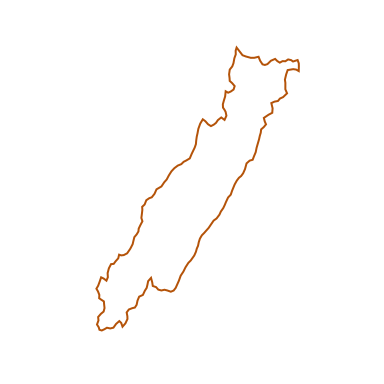 outline of Jiquiriçá, Bahia, Brazil, rotated 24°
{"feature_id": "56859067B22249438969819", "entity_name": "Jiquiriçá", "entity_type": "district", "adm_level": 2, "iso_a3": "BRA", "parent_name": "Brazil", "parent_adm1": "Bahia", "projection": "equal_earth", "projection_center": [-39.586, -13.327], "detail": "fine", "context": "isolated", "style": "outline", "palette": "amber", "viewbox_px": 384, "rotation_deg": 24, "n_neighbors": 0, "source": "geoboundaries", "source_scale": "gbopen_adm2", "svg_char_len": 2804}
<svg xmlns="http://www.w3.org/2000/svg" viewBox="0 0 384 384"><g transform="rotate(24 192 192)"><path d="M240.3,38.1L238.5,33.7L237.2,31.0L234.8,28.5L231.2,31.7L228.9,31.2L225.9,31.8L224.1,34.6L221.5,35.6L219.6,38.1L216.7,37.7L213.8,36.6L210.7,40.0L208.9,44.5L206.9,46.3L204.5,46.7L200.9,44.4L197.8,41.4L194.4,44.0L191.2,45.5L188.6,45.9L186.0,46.3L182.5,46.5L174.0,41.9L174.4,45.1L176.0,48.5L176.3,52.6L177.5,57.5L177.7,60.9L176.7,64.8L178.0,69.4L180.0,72.7L181.3,75.2L184.4,76.2L187.9,77.9L188.3,81.5L186.5,84.5L184.6,86.6L181.8,86.3L183.4,91.2L183.9,95.3L184.5,99.3L186.0,102.3L188.1,103.6L190.1,105.1L192.4,108.3L192.4,112.9L188.4,112.0L186.4,115.8L185.8,119.1L184.5,121.6L182.5,124.1L179.1,123.6L175.4,121.9L172.3,121.2L171.7,126.2L172.1,131.7L173.2,136.3L173.8,139.4L174.8,142.9L176.1,146.7L176.4,150.3L176.2,157.4L176.3,162.2L173.9,165.6L172.1,167.8L170.9,170.9L168.3,173.6L166.2,177.4L164.8,181.5L164.1,186.3L163.8,190.9L162.7,194.3L161.8,199.4L158.5,204.0L158.5,208.9L157.4,213.2L155.5,215.0L153.6,218.1L153.8,222.7L152.5,225.8L153.9,228.5L155.1,232.3L156.3,236.3L158.6,238.9L158.3,243.4L158.2,247.1L159.1,249.9L158.7,253.2L157.7,256.7L158.4,260.7L159.0,263.8L158.7,268.9L157.7,274.4L155.3,277.4L153.1,278.7L150.9,278.9L151.6,282.6L150.4,286.3L149.7,289.5L147.4,290.8L147.1,295.5L147.9,300.4L149.8,304.1L149.9,307.8L146.5,307.0L143.7,306.9L144.1,311.3L144.4,315.9L144.0,319.2L146.6,321.1L149.2,323.7L150.4,326.8L152.9,327.3L156.0,327.8L157.6,330.7L159.3,333.6L159.9,337.2L158.3,340.4L157.1,344.4L158.8,347.4L159.1,351.7L161.8,353.5L163.5,355.5L165.9,355.2L167.8,353.0L169.5,350.6L172.8,349.9L175.4,347.9L176.3,343.4L178.1,339.5L180.6,340.4L183.3,343.3L184.6,339.1L184.7,334.3L183.5,331.8L181.3,328.6L182.1,325.0L184.7,322.4L186.8,320.8L187.3,317.6L186.4,313.4L186.3,309.1L189.0,306.0L189.1,301.2L189.6,298.1L189.0,294.8L188.2,291.3L189.5,287.1L192.4,290.7L194.4,293.8L197.9,293.5L200.9,294.9L204.1,294.4L206.6,292.5L209.5,292.0L213.2,291.7L215.3,289.5L216.1,286.2L216.1,282.1L216.1,278.5L215.7,273.0L216.5,268.3L216.7,263.4L217.5,258.2L218.7,255.1L219.9,249.1L219.9,245.0L219.4,241.7L219.4,238.7L218.6,235.1L218.2,231.4L218.6,227.6L219.8,224.4L220.7,221.5L221.8,218.1L222.4,214.7L223.4,209.3L225.2,206.2L226.3,201.5L226.3,198.1L227.1,194.0L227.2,190.5L227.1,187.4L227.2,182.3L228.5,178.7L228.1,174.4L227.9,167.7L228.3,163.4L229.1,159.9L230.4,157.4L231.1,154.1L231.1,149.5L230.2,143.7L231.9,139.9L234.3,137.9L234.1,134.2L234.0,129.7L233.0,125.2L232.3,120.1L231.8,116.5L231.1,113.1L230.7,109.9L229.7,106.7L231.2,103.4L232.1,100.1L229.8,98.0L227.5,95.1L230.5,90.3L233.1,87.0L231.6,82.8L228.3,78.5L230.6,75.9L233.5,73.9L234.3,70.9L236.6,68.3L238.7,63.2L235.5,60.2L232.9,54.3L231.2,51.6L230.2,46.3L229.8,41.7L234.5,38.6L237.4,37.8L240.3,38.1Z" fill="none" stroke="#b45309" stroke-width="2"/></g></svg>